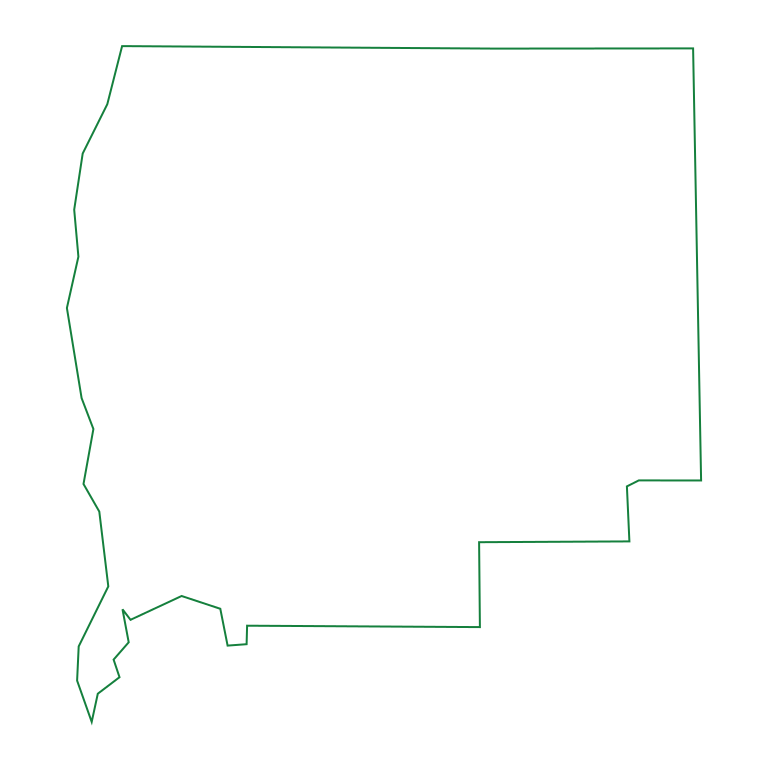 outline of Greene, Illinois, United States of America
{"feature_id": "52423323B58371871806637", "entity_name": "Greene", "entity_type": "district", "adm_level": 2, "iso_a3": "USA", "parent_name": "United States of America", "parent_adm1": "Illinois", "projection": "natural_earth1", "projection_center": [-90.485, 39.32], "detail": "fine", "context": "isolated", "style": "outline", "palette": "green", "viewbox_px": 768, "rotation_deg": 0, "n_neighbors": 0, "source": "geoboundaries", "source_scale": "gbopen_adm2", "svg_char_len": 519}
<svg xmlns="http://www.w3.org/2000/svg" viewBox="0 0 768 768"><path d="M693.1,48.4L495.2,48.6L122.1,46.1L107.3,104.2L82.7,153.5L74.2,209.7L78.4,256.7L66.9,308.0L81.6,398.1L93.4,429.0L83.5,484.0L99.3,511.6L108.3,586.4L78.7,646.4L77.1,680.6L91.7,721.9L97.8,693.7L119.5,677.2L113.6,659.6L128.7,642.3L122.5,609.3L130.5,619.8L181.6,596.0L220.3,608.8L227.6,645.6L246.6,644.2L247.1,625.7L479.9,627.1L479.1,542.2L629.4,541.4L626.9,486.4L638.8,480.4L701.1,480.5L693.1,48.4Z" fill="none" stroke="#15803d" stroke-width="2"/></svg>